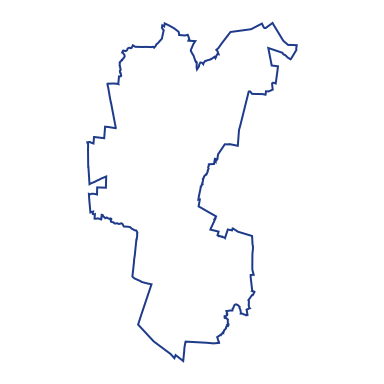 outline of Celaya, Guanajuato, Mexico
{"feature_id": "50627088B5357256002883", "entity_name": "Celaya", "entity_type": "district", "adm_level": 2, "iso_a3": "MEX", "parent_name": "Mexico", "parent_adm1": "Guanajuato", "projection": "equal_earth", "projection_center": [-100.785, 20.522], "detail": "fine", "context": "isolated", "style": "outline", "palette": "blue", "viewbox_px": 384, "rotation_deg": 0, "n_neighbors": 0, "source": "geoboundaries", "source_scale": "gbopen_adm2", "svg_char_len": 5817}
<svg xmlns="http://www.w3.org/2000/svg" viewBox="0 0 384 384"><path d="M126.5,50.7L125.4,51.1L125.0,51.0L123.3,50.5L123.1,50.8L122.8,51.0L122.2,52.5L122.8,52.6L123.2,53.4L124.3,54.6L124.7,56.2L124.0,57.8L123.5,58.1L123.0,58.8L122.5,59.4L122.2,60.1L121.7,60.0L121.6,60.5L120.1,61.9L119.7,62.4L119.8,63.0L119.7,63.5L119.8,63.6L119.7,65.0L119.8,65.8L119.7,65.9L120.1,66.5L120.1,67.6L120.4,68.7L120.6,68.9L120.6,70.1L120.0,70.6L119.9,71.1L119.9,71.3L120.2,72.9L120.6,73.0L121.2,75.7L120.9,76.2L120.3,76.4L119.0,76.4L118.3,83.8L118.4,84.1L117.3,83.8L113.9,83.5L107.5,83.7L107.4,83.9L107.9,86.5L108.3,88.1L110.0,98.1L110.9,102.7L111.0,102.7L115.1,124.3L115.8,127.9L115.7,128.2L108.4,127.0L105.1,126.7L104.2,138.2L94.0,137.0L93.5,143.5L91.1,142.7L89.9,142.0L89.3,142.0L87.3,142.3L87.9,144.0L88.1,143.9L88.1,147.8L88.0,148.1L88.2,166.8L88.4,166.8L89.5,184.2L90.7,183.5L95.0,181.7L96.8,180.7L99.6,179.5L100.9,178.7L106.2,176.5L105.9,187.7L97.2,187.4L97.0,194.5L94.1,193.8L91.3,193.8L90.6,194.2L89.9,194.3L88.9,193.9L89.2,198.9L90.4,212.4L91.2,212.1L93.1,211.6L92.7,213.2L92.9,213.7L92.9,214.1L94.4,214.4L94.9,214.2L94.5,218.6L95.1,218.8L98.1,218.4L101.0,219.4L101.2,218.2L101.4,218.3L101.7,214.8L102.5,214.9L102.7,215.1L103.6,216.8L104.2,217.1L104.6,217.5L105.1,217.8L105.3,218.2L106.8,217.5L107.9,218.3L109.6,218.9L110.5,218.4L111.3,218.9L111.2,219.7L110.7,220.2L110.9,221.6L112.4,222.2L113.1,222.2L113.9,222.7L114.3,223.3L115.0,223.5L115.7,223.5L117.1,223.2L118.8,224.0L120.3,223.7L120.9,223.4L121.5,223.3L122.0,223.6L122.6,224.1L123.3,225.7L123.9,226.5L124.3,226.6L126.5,226.6L129.9,227.0L131.7,228.6L134.8,230.3L136.1,230.4L136.4,230.6L136.5,231.1L136.9,231.7L137.4,232.7L137.1,233.6L137.2,235.5L136.7,239.4L136.4,239.4L134.8,255.2L134.1,259.8L134.0,262.0L132.4,276.5L132.9,277.1L134.6,278.5L140.0,280.9L141.8,282.0L148.0,283.6L151.5,284.3L141.2,315.0L138.1,324.6L153.8,341.5L170.6,354.0L174.4,358.2L175.6,355.1L183.2,361.0L184.2,351.2L184.3,349.2L184.5,347.2L185.5,341.7L185.9,341.5L186.1,341.6L186.2,341.8L186.7,342.0L187.2,341.7L207.3,342.8L213.5,343.4L219.1,342.9L219.0,342.0L218.8,341.8L218.7,341.9L217.2,337.1L220.8,334.7L221.2,334.3L221.3,334.6L222.7,332.8L223.1,333.0L223.0,332.2L223.7,331.9L223.9,331.6L224.0,330.8L224.3,330.0L225.1,329.5L225.6,328.7L225.9,328.5L226.1,328.0L226.1,327.1L226.7,326.1L227.7,326.1L227.5,325.3L227.8,325.0L227.7,324.9L228.5,324.8L228.5,324.4L228.3,324.4L227.9,323.7L228.0,323.4L227.8,322.9L227.9,322.5L227.7,322.1L227.9,319.5L227.3,319.1L226.3,318.1L226.1,318.2L225.4,318.0L225.0,318.1L224.7,317.9L224.7,317.3L224.5,316.9L224.6,316.3L225.3,316.6L226.2,315.9L226.2,315.6L227.1,315.2L227.3,314.8L226.8,313.9L227.2,313.6L226.4,311.0L227.9,310.9L229.3,310.6L232.4,310.5L232.7,309.4L232.6,308.7L233.3,307.9L233.6,307.4L233.8,306.4L234.1,305.7L234.9,304.7L235.8,304.4L236.3,304.4L238.1,305.3L239.7,307.0L239.5,307.4L239.5,308.0L240.4,309.8L240.6,311.2L240.9,312.6L240.7,313.6L242.5,313.7L243.7,314.4L246.2,315.0L246.3,315.3L247.5,315.0L246.6,309.6L249.7,308.3L249.3,308.0L248.7,305.5L248.8,304.8L248.7,304.2L248.9,303.9L248.9,303.7L248.8,303.1L248.9,301.0L248.7,300.5L248.4,300.2L252.0,295.1L252.8,295.1L254.5,291.9L254.1,291.5L253.4,291.3L252.9,291.4L252.0,291.0L252.2,290.8L252.0,288.8L250.6,276.7L250.7,275.0L253.7,274.8L252.4,270.0L252.3,268.5L252.4,254.0L252.9,249.3L253.0,246.6L252.5,244.3L252.1,236.0L237.9,231.7L232.9,228.4L232.6,228.4L232.0,230.4L227.8,229.5L225.0,238.1L224.4,237.5L222.9,237.2L222.6,236.7L222.3,236.6L222.2,236.9L221.3,236.8L220.7,236.4L219.8,236.0L218.9,236.2L218.7,235.7L217.9,235.6L217.5,235.3L218.6,231.6L210.4,229.6L211.2,227.5L211.7,226.6L215.2,219.0L214.6,219.0L216.1,216.4L198.6,206.4L199.8,199.5L198.3,199.7L198.7,197.9L198.7,197.5L198.9,196.2L200.6,188.1L200.8,187.1L200.7,186.6L201.3,186.2L201.7,184.9L201.8,184.9L202.2,183.3L202.3,183.3L202.0,184.5L202.6,184.3L202.4,183.0L203.1,180.1L202.8,179.0L203.0,178.7L203.3,178.6L203.7,177.9L203.9,177.7L203.9,176.7L204.0,176.5L204.5,175.9L205.3,175.3L205.8,174.4L206.2,174.4L206.4,174.5L207.1,173.0L207.7,171.5L208.0,170.0L207.9,170.0L208.0,169.7L208.6,168.6L208.2,167.6L208.2,166.9L208.8,165.8L208.8,164.3L209.5,164.2L214.0,164.0L214.4,161.6L215.5,162.1L215.4,161.7L214.9,161.2L214.5,161.0L214.9,158.8L216.1,159.1L215.8,160.8L215.9,161.1L217.4,159.1L218.0,154.4L224.8,144.3L229.4,144.4L229.5,144.1L237.8,145.8L239.0,130.0L240.4,125.0L248.7,91.6L249.2,91.4L250.2,91.5L252.1,93.9L262.6,94.1L265.5,94.7L266.0,91.3L268.5,91.4L269.4,91.1L272.7,89.6L272.2,85.2L272.1,82.6L272.2,82.8L273.6,82.8L274.1,82.9L275.7,83.5L277.2,72.7L278.0,66.3L271.7,65.5L268.3,48.0L282.5,52.8L282.9,53.8L283.4,54.1L283.9,54.6L284.5,54.9L285.0,54.9L287.8,57.6L290.5,59.3L290.9,59.0L291.0,58.7L291.9,57.4L296.4,49.9L296.2,48.7L296.7,45.2L290.4,44.9L288.2,45.0L283.3,40.8L272.5,23.0L265.7,28.0L264.8,28.1L263.9,27.6L261.9,23.6L251.1,29.2L230.5,32.0L222.0,43.0L218.4,48.1L216.3,49.9L217.4,51.0L218.6,54.3L217.4,54.1L216.1,56.2L216.1,57.1L215.7,57.4L215.4,58.2L214.5,56.8L211.5,58.9L211.2,58.9L211.1,59.1L209.8,59.7L207.5,60.2L206.2,60.9L205.5,60.8L205.2,61.0L203.7,62.7L203.3,64.0L203.1,63.7L202.9,63.7L202.8,63.0L200.4,62.5L199.3,64.5L199.1,65.1L199.0,66.3L197.0,69.4L196.6,67.6L196.6,67.0L196.8,62.7L196.7,62.2L195.8,61.2L195.6,61.5L195.5,61.3L193.6,55.7L192.2,53.5L191.6,52.2L191.0,51.5L190.8,50.4L190.8,50.1L193.4,44.0L195.3,41.1L188.4,40.7L188.9,39.4L189.3,39.1L187.8,34.8L184.9,35.5L179.1,35.0L179.1,33.8L178.6,31.8L176.7,30.3L174.2,28.4L171.8,27.0L169.5,25.7L164.7,23.4L164.2,26.4L162.3,25.3L161.9,27.7L163.2,29.8L163.7,30.2L162.0,38.0L162.0,38.5L157.6,43.5L156.6,44.1L155.3,46.5L154.8,46.8L154.1,47.7L153.1,46.8L151.8,47.0L151.7,47.1L146.3,46.9L142.4,47.0L135.2,46.8L132.9,45.3L131.5,48.0L130.6,48.2L129.5,47.7L128.4,48.1L127.7,48.5L127.5,48.8L127.3,49.7L126.9,50.2L126.5,50.7Z" fill="none" stroke="#1e3a8a" stroke-width="2"/></svg>